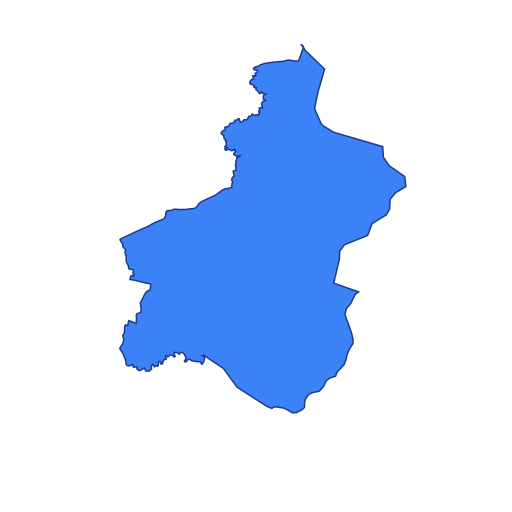 the district of Kangaba, Koulikoro, Mali, rotated 52°
{"feature_id": "8926073B95674786747910", "entity_name": "Kangaba", "entity_type": "district", "adm_level": 2, "iso_a3": "MLI", "parent_name": "Mali", "parent_adm1": "Koulikoro", "projection": "mercator", "projection_center": [-8.71, 11.908], "detail": "fine", "context": "isolated", "style": "filled", "palette": "blue", "viewbox_px": 512, "rotation_deg": 52, "n_neighbors": 0, "source": "geoboundaries", "source_scale": "gbopen_adm2", "svg_char_len": 6111}
<svg xmlns="http://www.w3.org/2000/svg" viewBox="0 0 512 512"><g transform="rotate(52 256 256)"><path d="M390.5,330.0L392.1,328.5L395.0,326.6L399.1,325.0L402.0,323.8L404.0,321.0L404.3,320.5L405.2,315.7L405.5,313.9L405.1,310.9L400.8,307.4L399.2,305.1L399.0,304.4L398.1,302.1L397.7,298.4L398.8,294.8L401.4,289.7L401.4,288.8L401.4,288.5L400.2,282.7L397.7,277.7L397.5,273.4L399.7,267.3L397.4,263.6L395.9,253.6L392.8,248.5L392.7,248.4L389.7,244.9L386.9,239.8L384.7,233.5L381.3,230.8L375.2,228.0L364.9,224.5L361.3,223.5L356.8,221.8L356.5,221.5L355.1,219.6L353.1,217.2L351.9,211.1L351.7,210.7L351.7,210.3L349.8,206.6L347.3,201.5L347.3,198.9L347.4,197.3L345.1,198.7L325.3,211.5L309.6,192.0L303.8,187.2L301.6,179.3L308.5,155.4L301.9,144.5L303.8,128.1L301.2,121.7L293.9,115.4L292.1,107.1L293.5,95.1L285.1,89.9L266.8,95.5L256.6,94.8L247.8,88.8L206.2,118.7L195.3,122.7L191.9,123.2L175.8,119.1L164.5,105.6L151.0,86.9L123.9,90.7L118.5,89.6L117.8,90.3L120.0,90.3L121.1,90.7L127.8,101.1L128.5,102.7L127.1,104.3L125.5,106.1L123.4,108.0L122.0,109.3L120.7,111.2L119.4,114.7L116.1,119.6L111.7,126.9L109.8,130.2L108.0,135.0L108.3,136.3L107.3,138.5L106.6,140.4L106.5,140.7L106.5,142.4L107.9,142.9L108.7,142.3L109.1,142.0L109.6,141.6L110.2,140.7L111.0,140.6L111.6,141.5L111.7,143.0L111.6,143.7L111.5,144.3L111.8,144.4L112.5,144.6L113.5,144.8L113.8,145.5L112.6,146.7L112.1,147.7L113.0,148.2L114.6,148.6L115.2,149.1L114.4,150.3L114.2,151.7L114.7,153.1L115.2,153.7L115.8,154.3L117.1,154.6L117.9,153.8L118.5,153.4L118.7,153.2L119.6,153.0L120.6,152.8L121.4,153.5L121.9,153.7L122.7,153.2L123.2,152.2L123.7,151.9L124.1,152.9L124.6,153.6L125.7,153.4L126.3,153.3L127.8,153.1L129.2,153.3L130.5,153.0L130.5,151.6L130.0,150.5L130.7,150.2L131.3,150.7L131.9,150.4L132.2,150.2L132.7,149.8L133.5,149.6L134.3,148.7L133.9,150.6L134.8,152.1L136.8,153.6L138.0,153.3L139.3,152.8L138.7,154.1L138.6,155.8L139.3,158.0L141.2,158.7L142.8,159.2L143.2,159.5L142.4,160.3L141.8,161.2L141.6,162.6L142.9,162.9L143.6,163.4L143.4,164.6L144.3,165.1L145.0,164.7L145.6,164.7L145.5,165.7L145.7,166.2L146.5,167.0L146.4,167.8L145.5,168.2L144.8,168.9L144.6,170.2L143.8,171.0L142.3,171.1L141.8,172.1L142.4,173.4L142.8,174.1L142.3,175.0L141.5,175.3L142.0,177.0L143.0,178.4L142.9,179.4L142.2,180.4L141.5,181.4L141.2,182.0L141.9,183.0L141.5,184.0L141.3,185.1L140.3,185.9L139.1,185.4L137.7,184.8L136.7,185.6L137.3,186.6L136.9,187.6L136.2,188.8L136.8,190.7L137.1,192.4L135.9,194.1L135.5,195.2L136.4,196.4L136.6,197.9L136.7,199.3L135.7,200.0L135.4,201.0L135.7,201.8L136.9,201.9L137.6,202.3L137.4,203.6L136.9,204.6L136.9,205.7L137.3,207.1L137.9,207.7L137.9,207.8L138.2,208.0L139.5,208.0L140.7,207.2L141.4,207.4L142.1,208.0L144.0,208.7L145.4,208.3L145.9,209.0L147.1,209.3L147.7,208.9L148.3,209.7L149.1,210.3L150.3,210.9L150.4,211.9L150.7,213.3L151.2,213.3L152.0,212.7L152.5,212.3L152.8,212.1L152.6,213.3L152.1,214.2L153.3,215.0L154.2,214.6L154.9,212.0L156.4,211.2L158.0,210.4L158.5,209.6L158.5,208.6L158.6,207.6L158.6,207.3L159.2,207.2L159.6,208.0L160.5,207.8L161.4,207.8L161.3,208.9L161.4,209.5L161.4,209.8L162.2,211.1L163.1,210.9L164.7,210.2L165.2,209.4L165.4,209.1L166.3,208.7L166.6,208.1L167.1,206.8L167.8,208.5L166.6,209.8L166.8,210.7L168.4,211.9L168.3,212.9L169.8,214.0L171.2,215.7L172.0,216.5L173.4,216.5L173.7,217.4L174.8,218.1L176.1,218.8L175.6,220.6L175.0,221.6L176.2,222.4L178.3,223.4L179.7,223.7L179.5,225.1L179.8,226.8L181.1,228.3L182.8,228.8L184.1,229.3L184.1,230.4L185.4,231.3L185.7,232.2L186.8,232.7L186.6,233.9L185.6,236.3L184.1,239.0L183.4,241.4L183.2,244.0L183.3,245.8L183.0,251.5L182.9,251.7L181.1,258.7L179.7,265.0L179.5,268.5L180.2,270.6L180.8,272.2L180.8,273.6L180.6,275.2L179.4,277.2L178.0,279.2L176.2,282.5L172.6,287.3L172.2,287.8L169.5,290.6L168.3,292.8L167.9,294.5L167.3,296.0L166.4,296.6L165.5,299.0L166.4,300.2L168.7,302.6L169.6,304.3L170.1,305.0L169.7,307.1L169.1,309.3L168.8,310.3L167.7,313.9L167.0,317.1L166.2,322.5L163.6,332.8L160.1,348.2L159.2,352.4L159.4,353.2L161.6,353.5L164.0,353.7L165.3,354.0L166.5,355.2L168.1,355.1L170.4,354.8L170.9,354.8L171.9,356.4L173.0,357.3L175.1,358.1L176.2,358.3L178.1,359.9L180.9,361.9L183.2,362.3L185.3,362.6L187.0,363.7L187.6,364.1L188.8,363.5L189.9,362.3L190.7,361.7L191.8,361.3L192.6,362.0L193.4,363.3L194.3,364.0L195.2,363.5L196.0,363.5L196.9,364.6L195.1,365.9L194.7,366.9L194.7,367.0L195.4,368.0L196.2,369.0L196.9,369.7L200.9,366.1L207.7,360.9L209.7,359.3L213.2,356.2L214.8,357.6L216.4,359.2L217.5,360.3L217.0,362.3L216.7,364.5L218.1,368.3L218.8,369.7L220.8,373.8L221.5,375.8L224.5,377.7L226.8,378.8L228.0,380.0L229.1,381.3L229.4,382.5L228.9,383.7L228.2,384.9L228.4,386.2L229.7,387.5L231.4,388.3L232.9,389.8L234.5,391.2L235.5,391.9L235.1,392.4L234.1,392.8L232.0,393.8L228.6,396.1L230.0,397.9L231.2,399.2L231.8,399.8L230.8,400.5L230.0,401.4L230.3,402.5L232.1,404.1L233.9,405.6L235.8,407.3L236.5,409.8L238.9,411.0L240.2,411.3L241.7,413.3L243.4,415.6L244.0,417.8L244.5,419.2L245.1,420.4L248.4,420.7L251.1,420.9L253.4,421.6L255.2,422.2L257.2,422.7L257.6,422.8L258.8,423.4L259.1,423.6L259.4,423.8L259.9,424.1L260.5,424.6L262.0,425.1L262.8,424.9L263.5,424.6L263.9,424.2L264.6,423.5L265.5,421.1L265.4,419.9L265.9,419.7L266.8,420.5L268.1,421.0L268.8,420.2L269.1,419.2L270.0,418.6L271.0,418.6L271.6,419.4L271.9,419.3L272.4,419.0L272.7,418.9L272.8,418.9L273.8,419.0L274.0,418.8L274.2,418.6L274.4,418.4L274.5,418.4L275.3,415.5L275.4,413.8L275.5,412.9L278.8,413.7L280.9,411.1L280.8,408.0L278.0,405.9L277.7,404.0L280.8,404.2L281.4,401.8L281.4,401.7L282.2,401.5L282.1,400.5L279.3,397.6L281.0,396.3L282.7,397.4L283.4,395.9L282.1,394.8L281.1,391.9L282.1,390.5L281.5,389.7L279.5,389.5L279.0,388.6L279.4,387.7L281.3,387.6L281.1,384.6L283.4,382.8L285.2,382.6L285.4,381.6L281.5,380.1L283.5,377.4L286.1,377.2L285.8,374.5L286.1,374.0L286.4,373.7L288.9,372.9L289.7,373.1L292.4,373.6L293.8,374.2L294.6,377.0L295.8,377.2L296.3,376.1L295.7,373.2L296.6,371.8L298.6,371.3L301.1,369.4L305.4,364.8L307.7,365.5L308.0,365.1L307.5,363.3L306.9,362.0L304.3,358.8L303.1,359.2L301.5,359.4L302.6,358.1L324.5,350.9L347.7,351.7L380.9,340.1L385.9,337.4L386.0,335.3L386.8,333.6L390.5,330.0Z" fill="#3b82f6" stroke="#1e3a8a" stroke-width="1.5"/></g></svg>